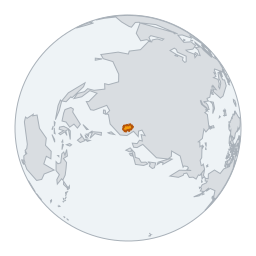 the Earth from above Anhui, rotated 94°
{"feature_id": "CHN-1179", "entity_name": "Anhui", "entity_type": "Province", "adm_level": 1, "iso_a3": "CHN", "parent_name": "China", "parent_adm1": "", "projection": "orthographic", "projection_center": [117.353, 32.025], "detail": "fine", "context": "on_globe", "style": "filled", "palette": "amber", "viewbox_px": 256, "rotation_deg": 94, "n_neighbors": 0, "source": "natural_earth", "source_scale": "10m", "svg_char_len": 13410}
<svg xmlns="http://www.w3.org/2000/svg" viewBox="0 0 256 256"><g transform="rotate(94 128 128)"><circle cx="128" cy="128" r="113" fill="#eef3f6" stroke="#a8b0b8"/><path d="M224.1,180.8L224.0,181.4L223.9,181.5L224.1,180.8ZM204.8,45.6L203.7,44.7L194.3,38.2L194.4,37.7L192.1,36.4L191.9,37.1L192.4,37.9L184.4,36.9L182.6,41.8L185.7,45.5L182.1,43.2L190.7,52.2L192.1,57.7L188.2,50.2L186.0,48.6L185.8,51.5L183.5,50.4L182.1,51.3L179.4,50.0L177.3,46.1L175.5,45.2L175.5,47.3L172.7,47.5L173.0,44.5L168.3,44.6L163.9,38.8L167.0,32.9L162.2,29.7L159.3,24.0L157.3,23.8L154.8,22.0L151.6,21.2L152.0,20.7L149.1,20.6L149.4,21.3L148.2,21.6L146.3,21.3L146.4,20.4L147.4,20.4L146.5,20.1L147.3,19.8L145.8,19.8L146.2,18.9L143.1,19.4L141.1,18.4L142.1,18.0L145.6,18.5L156.7,19.8L158.8,20.1L158.3,19.6L152.4,18.0L160.7,20.2L168.8,23.0L176.6,26.4L184.2,30.4L191.4,34.9L198.3,40.0L204.8,45.6ZM143.2,16.4L144.0,16.6L142.3,16.4L141.9,16.7L138.1,16.2L134.6,15.7L133.2,15.5L129.9,15.5L128.2,15.4L143.2,16.4ZM234.4,100.0L233.5,98.1L234.1,98.2L234.4,100.0ZM232.9,97.6L233.2,98.1L232.9,97.8L232.9,97.6ZM232.7,97.9L232.8,97.7L232.7,98.2L232.7,97.9ZM232.5,98.6L232.5,98.1L232.6,98.3L232.5,98.6ZM231.8,99.0L231.6,99.0L231.6,98.4L231.8,99.0ZM192.9,38.5L192.2,37.3L193.2,37.2L194.1,38.3L192.9,38.5ZM190.7,39.2L189.7,38.1L192.3,39.2L192.0,39.4L190.7,39.2ZM188.5,48.6L188.4,47.1L189.3,49.0L188.5,48.6ZM182.4,51.7L183.2,52.5L182.1,52.7L182.4,51.7ZM144.1,17.0L143.0,16.8L143.7,16.8L144.1,17.0ZM144.9,17.3L146.4,17.4L147.0,17.6L146.0,17.5L144.9,17.3ZM177.0,50.8L175.0,51.0L176.6,50.1L177.0,50.8ZM143.0,17.1L147.8,17.9L148.9,18.3L146.3,18.4L143.0,17.1ZM173.7,50.6L169.0,51.3L170.3,53.1L163.9,48.7L170.0,49.4L171.8,48.0L172.0,49.6L173.7,50.6ZM150.3,21.7L149.9,20.9L151.9,21.9L150.3,21.7ZM151.9,22.2L159.9,25.3L159.5,26.5L156.9,25.1L157.8,27.0L153.7,26.1L152.2,24.8L153.3,24.2L150.9,24.4L151.9,22.2ZM161.1,46.3L159.7,46.1L160.8,45.6L161.1,46.3ZM147.9,21.8L149.5,22.2L149.3,23.2L145.9,22.6L147.1,22.4L147.9,21.8ZM160.1,28.1L159.3,28.9L155.8,28.3L155.0,28.5L153.5,26.2L160.1,28.1ZM146.2,22.1L144.3,22.3L142.6,21.6L146.2,21.5L146.2,22.1ZM150.7,23.8L150.4,24.3L149.4,23.8L150.7,23.8ZM135.8,19.6L137.8,19.9L137.9,20.4L135.8,19.6ZM143.6,22.4L144.2,22.6L144.5,22.9L142.9,23.0L143.6,22.4ZM151.1,26.0L149.8,25.7L151.6,26.9L149.0,26.7L148.5,25.2L147.6,25.8L146.8,25.7L147.3,24.6L151.1,26.0ZM142.0,23.9L140.5,22.2L136.8,21.5L136.7,20.9L142.6,22.3L142.0,23.9ZM145.1,24.4L143.2,23.9L143.9,23.4L145.7,23.4L145.1,24.4ZM147.4,27.1L151.5,27.9L151.5,28.2L147.4,27.1ZM140.8,23.8L141.2,24.2L140.5,23.8L140.8,23.8ZM145.2,26.2L146.6,26.3L146.6,26.7L145.2,26.2ZM140.8,25.0L140.3,24.4L141.5,24.3L140.8,25.0ZM142.7,25.6L142.2,26.0L142.2,24.6L143.3,25.6L142.7,25.6ZM144.9,26.5L145.3,26.7L144.3,26.3L144.9,26.5ZM136.5,25.7L136.2,24.0L138.9,23.8L138.8,25.4L136.5,25.7ZM46.4,50.3L42.8,55.5L41.5,57.3L38.5,60.4L31.7,72.4L33.9,71.1L31.4,80.4L32.0,84.6L38.7,78.3L37.6,71.2L41.1,66.4L44.8,68.8L46.3,75.6L47.6,74.0L49.7,67.0L53.2,66.1L50.8,64.5L49.5,66.9L48.0,66.1L49.1,63.8L50.3,63.5L50.7,61.1L45.1,63.6L43.1,66.4L42.3,62.5L39.0,66.9L37.7,67.2L42.9,60.0L44.7,58.4L51.8,49.4L49.8,50.6L43.0,59.4L43.7,57.8L40.9,60.0L43.6,57.1L51.6,47.7L53.0,44.9L49.8,46.9L61.5,37.1L57.0,41.0L59.3,39.5L64.9,35.4L62.9,37.2L64.6,36.2L63.1,37.9L65.6,37.8L64.8,39.5L70.1,37.4L70.4,38.0L67.2,39.0L64.5,40.8L63.1,45.7L64.1,46.0L67.6,44.3L66.8,46.1L70.4,43.8L71.8,46.2L73.2,41.6L77.5,40.0L80.6,40.5L82.3,39.3L77.1,38.6L74.8,39.1L72.4,40.8L66.4,42.1L66.0,41.0L73.3,36.9L73.4,35.0L79.0,33.0L89.5,35.4L91.7,37.9L86.0,45.2L83.0,45.4L83.6,42.7L79.1,46.7L81.3,45.6L80.6,47.2L84.5,46.5L84.2,47.6L88.5,45.2L88.5,46.5L85.8,48.0L91.6,48.5L92.9,51.2L94.3,50.8L95.5,49.6L96.4,54.1L97.4,53.6L97.5,51.9L99.7,50.0L103.8,48.4L103.9,50.1L102.4,50.8L99.4,55.1L95.4,57.2L95.9,57.7L99.3,56.3L103.0,51.1L105.5,49.7L104.1,52.2L104.8,51.2L106.1,51.0L107.3,52.5L109.0,49.8L122.6,47.1L126.5,50.0L123.8,52.2L133.3,53.1L136.9,56.9L137.0,55.3L141.7,55.0L140.6,53.7L141.0,52.9L152.5,52.4L155.3,53.8L160.4,52.3L160.4,51.6L158.7,50.4L163.9,48.7L170.3,53.1L169.9,54.5L174.2,56.5L172.5,59.7L173.1,63.4L168.8,66.2L169.7,69.2L171.3,69.6L173.7,74.3L173.0,82.8L166.5,73.7L166.0,62.0L165.6,66.4L163.6,64.9L162.2,66.2L162.0,69.6L163.3,70.3L152.3,74.0L147.9,82.9L153.3,82.8L156.1,85.9L155.7,97.5L143.3,112.1L146.9,117.6L146.8,121.0L142.8,122.7L142.9,117.8L139.4,115.7L140.0,112.8L133.7,114.4L134.4,110.4L129.1,113.9L130.4,117.3L135.8,117.2L130.9,122.3L135.6,128.5L135.5,135.3L125.3,146.1L116.0,148.4L115.3,150.4L111.9,147.5L106.9,150.8L112.7,163.4L112.4,166.6L104.5,171.4L104.4,169.0L95.5,161.3L93.4,168.7L100.1,176.4L102.4,184.0L97.1,180.8L94.8,173.9L91.6,171.0L92.8,164.5L90.8,153.8L85.4,154.4L86.1,150.4L82.6,140.6L75.0,141.0L62.8,147.7L60.6,157.5L56.6,160.2L53.0,143.1L54.2,132.8L51.2,132.1L49.0,121.0L40.2,113.5L40.5,110.3L38.5,110.0L37.1,105.0L38.2,100.0L36.7,98.5L34.3,111.7L36.1,113.4L39.8,111.5L38.6,115.6L40.1,121.4L32.9,126.4L22.4,123.3L24.0,115.5L29.4,89.8L30.7,88.1L30.8,87.8L31.0,87.3L28.9,89.7L30.7,85.0L25.0,101.4L22.9,107.5L22.2,123.6L21.7,124.1L22.2,128.1L27.2,131.6L26.6,134.0L22.7,141.7L18.1,148.0L20.2,159.2L22.4,167.1L22.4,167.3L20.0,159.9L18.0,152.2L16.6,144.5L15.7,136.7L15.4,128.8L15.6,121.0L16.3,113.1L17.7,105.4L19.5,97.7L21.9,90.2L24.8,82.9L28.2,75.8L32.1,69.0L36.4,62.4L41.2,56.2L46.4,50.3ZM45.1,87.4L47.8,91.5L51.2,85.0L52.5,86.2L53.1,83.6L51.4,84.5L53.8,78.0L56.5,78.4L58.6,76.0L57.8,74.6L52.3,75.0L48.9,84.1L46.3,85.2L45.1,87.4ZM75.2,30.1L73.2,31.3L71.6,31.9L72.6,30.5L75.0,29.6L75.2,30.1ZM70.8,33.0L77.8,29.8L77.4,30.7L76.4,30.7L75.5,31.7L73.7,31.9L66.5,36.3L64.6,37.2L67.6,33.8L67.7,34.3L69.6,32.9L70.8,33.0ZM96.2,22.4L99.2,21.7L94.5,24.5L92.2,24.9L93.1,23.4L96.3,22.1L96.2,22.4ZM137.4,17.4L138.9,17.5L137.5,17.8L137.4,17.4ZM136.7,19.7L131.0,17.6L132.4,17.5L127.4,16.7L129.1,16.2L132.2,16.6L129.8,15.9L133.3,16.1L131.3,15.7L138.2,16.7L141.3,17.1L137.2,16.8L135.6,17.2L135.8,17.5L138.7,18.7L144.6,20.0L143.9,20.9L141.9,21.2L140.4,21.0L141.3,20.4L138.6,20.6L138.8,19.7L136.7,19.7ZM118.5,27.6L120.2,26.4L114.9,27.8L115.0,26.4L114.4,26.7L113.0,25.8L110.3,25.3L110.9,24.7L109.6,24.8L108.7,24.3L107.1,24.3L107.6,23.2L105.7,23.2L107.0,22.7L103.6,22.9L106.4,22.3L105.4,21.8L103.2,22.7L109.8,18.3L110.5,17.4L109.5,17.1L114.4,16.4L118.4,16.4L121.4,17.1L120.1,18.2L122.6,17.9L122.7,18.4L120.7,18.5L123.8,18.7L123.4,19.2L126.0,20.6L130.8,21.0L131.9,21.7L129.8,21.8L132.3,22.4L129.1,23.2L129.8,23.7L127.4,25.2L122.9,25.3L124.0,25.9L122.2,27.2L118.5,27.6ZM135.7,26.1L130.3,26.2L127.8,25.6L133.1,23.4L132.9,22.8L136.3,21.7L139.9,22.7L138.6,22.9L138.2,23.3L137.2,22.8L137.7,23.6L136.0,23.9L135.8,24.7L134.1,24.5L135.7,26.1ZM42.3,57.1L41.8,58.1L41.4,59.3L39.7,60.9L42.3,57.1ZM47.7,50.6L47.5,51.1L44.8,53.6L45.4,52.7L47.7,50.6ZM49.6,49.4L47.7,50.9L49.1,49.5L49.6,49.4ZM67.2,39.5L67.3,40.1L66.5,40.7L65.4,40.9L67.2,39.5ZM102.7,32.6L104.1,31.7L104.7,31.9L108.6,30.9L108.9,32.1L106.5,33.1L102.7,32.6ZM37.2,78.4L35.7,78.6L36.2,77.3L36.6,77.4L37.2,78.4ZM36.7,69.2L35.8,72.2L36.3,69.6L36.7,69.2ZM103.6,33.7L105.2,33.1L104.3,34.1L103.6,33.7ZM109.2,32.9L108.5,33.9L109.3,32.1L109.2,32.9ZM29.7,183.1L27.6,179.0L24.6,171.5L25.8,172.2L25.7,169.7L28.0,175.7L31.9,186.6L30.3,184.1L29.7,183.1ZM131.1,202.7L134.6,203.3L134.5,203.7L131.1,202.7ZM127.5,201.1L131.4,201.5L126.8,202.0L127.5,201.1ZM133.0,201.6L137.0,200.9L138.8,200.3L138.5,201.2L133.0,201.6ZM124.8,201.0L110.4,199.3L104.8,197.4L106.0,196.1L115.1,197.7L124.8,201.0ZM105.6,196.0L97.1,190.0L85.9,174.0L89.9,175.2L101.7,185.9L100.9,187.2L106.1,191.6L105.6,196.0ZM126.4,190.2L125.6,194.3L117.6,193.2L114.0,192.1L111.5,186.4L112.9,183.8L115.9,184.3L127.6,175.8L131.6,178.4L127.9,182.2L131.2,186.2L126.4,190.2ZM60.9,158.6L62.7,165.4L60.6,165.5L60.9,158.6ZM132.5,169.2L127.7,173.2L132.2,167.7L132.5,169.2ZM135.3,163.8L135.5,166.1L133.7,163.8L135.3,163.8ZM115.0,153.6L111.8,153.7L111.9,152.0L115.9,151.0L115.0,153.6ZM135.4,141.1L134.9,146.0L134.2,147.6L133.0,144.5L135.4,141.1ZM107.7,44.5L101.9,44.4L97.9,45.5L95.9,47.8L96.3,44.7L102.5,43.0L107.7,44.5ZM120.7,46.5L122.5,44.8L123.4,45.8L123.1,46.3L120.7,46.5ZM120.6,45.3L119.7,42.9L121.7,42.1L122.1,44.1L120.6,45.3ZM111.4,37.7L109.7,37.5L110.4,36.7L111.4,37.7ZM187.4,223.7L197.5,216.6L198.1,216.1L187.4,223.7ZM167.2,231.8L167.3,230.5L171.8,229.2L169.7,230.9L167.2,231.8ZM199.7,214.8L200.4,214.2L203.4,211.6L204.7,209.8L204.1,211.0L206.0,209.2L199.7,214.8ZM151.2,227.3L129.1,231.8L124.2,231.0L125.4,229.4L120.9,223.5L122.5,223.8L121.4,219.6L134.5,216.3L143.8,208.8L151.1,209.1L156.6,203.0L164.1,202.8L161.9,207.5L169.7,209.5L175.1,198.8L179.7,208.4L185.3,210.5L186.7,215.5L176.3,226.0L170.4,228.7L169.3,228.4L166.8,229.6L163.1,230.0L161.1,228.0L158.7,229.1L161.1,226.9L157.5,229.1L155.6,227.6L151.2,227.3ZM205.0,199.3L206.0,199.1L207.6,199.8L205.9,200.3L205.0,199.3ZM221.4,184.8L221.8,185.1L220.7,186.1L221.4,184.8ZM223.9,181.5L222.6,182.9L224.1,180.8L223.9,181.5ZM210.8,191.2L211.3,191.5L210.9,192.0L210.8,191.2ZM210.4,191.2L211.1,189.9L211.0,190.9L210.4,191.2ZM205.3,187.9L206.0,187.1L206.3,187.4L205.3,187.9ZM139.8,203.4L144.6,200.4L147.3,200.1L139.8,203.4ZM204.4,187.1L202.7,187.6L202.9,186.9L204.4,187.1ZM204.5,185.7L204.3,184.9L205.4,186.4L204.5,185.7ZM201.3,184.9L203.3,185.7L201.1,185.1L201.3,184.9ZM200.1,185.5L198.6,185.3L198.7,185.0L200.1,185.5ZM183.3,190.7L188.9,194.6L184.4,195.4L179.4,193.2L175.5,196.8L166.6,197.4L168.6,195.4L167.4,192.7L158.3,192.2L156.4,190.4L159.7,189.0L153.7,187.7L160.2,186.5L162.9,190.3L166.7,186.9L173.1,187.0L179.4,187.4L184.5,189.4L183.3,190.7ZM160.3,195.1L161.4,195.0L160.4,196.2L160.3,195.1ZM195.8,184.0L197.9,185.2L197.7,185.7L196.6,185.8L195.8,184.0ZM185.7,188.5L191.1,184.2L192.4,184.0L188.8,188.4L185.7,188.5ZM189.8,182.4L192.3,182.3L193.7,183.8L193.1,184.4L189.8,182.4ZM146.8,192.0L146.6,193.1L144.9,192.3L146.8,192.0ZM149.0,191.3L154.2,192.4L148.6,192.3L149.0,191.3ZM133.6,187.3L135.0,189.9L139.7,188.4L136.2,190.7L139.4,195.0L138.3,196.6L135.1,191.9L134.0,196.6L131.9,196.4L130.8,192.3L132.9,187.4L134.9,185.4L143.5,184.8L133.6,187.3ZM149.0,188.2L147.6,185.1L148.7,183.1L150.1,184.7L149.0,188.2ZM143.7,177.6L140.2,173.8L136.9,175.1L143.6,170.1L145.8,174.6L143.7,177.6ZM140.8,169.3L137.7,170.5L140.9,167.6L140.8,169.3ZM137.0,169.2L136.7,166.6L139.1,167.0L137.0,169.2ZM142.4,169.5L143.1,165.0L144.2,167.7L142.4,169.5ZM135.9,160.6L140.9,165.2L134.2,163.0L134.3,154.2L137.1,154.2L135.9,160.6ZM153.6,124.8L153.0,122.2L155.7,121.6L155.3,123.5L153.6,124.8ZM163.8,118.0L156.2,120.6L150.0,122.9L151.8,124.2L150.3,128.6L147.7,124.4L152.2,119.6L156.8,118.7L157.7,114.9L161.3,112.4L160.8,107.8L162.4,105.8L164.3,109.8L163.8,118.0ZM160.4,105.9L160.9,97.9L165.8,98.9L166.7,100.9L164.5,104.1L162.0,103.3L160.4,105.9ZM162.4,96.3L160.0,95.6L155.7,84.0L156.0,81.8L161.9,90.8L160.0,90.7L160.2,93.4L162.4,96.3ZM160.0,46.9L159.7,46.1L160.8,46.8L160.0,46.9ZM140.3,52.3L141.1,51.4L142.4,52.0L140.3,52.3ZM143.9,49.2L141.9,49.1L144.0,48.6L143.9,49.2ZM137.4,49.0L141.1,48.7L137.6,50.0L137.4,49.0Z" fill="#d9dde1" stroke="#a8b0b8" stroke-width="1"/><path d="M131.8,129.7L131.8,129.9L131.8,130.2L131.8,130.3L131.7,130.4L131.6,130.5L131.4,130.6L131.2,130.8L131.3,130.9L131.4,131.0L131.5,131.2L131.3,131.2L131.3,131.3L131.2,131.4L130.9,131.3L130.7,131.3L130.6,131.5L130.6,131.9L130.6,132.0L130.4,132.3L130.3,132.5L130.2,132.6L129.9,132.9L129.8,133.0L129.7,133.0L129.4,133.1L129.3,132.9L129.2,132.9L128.9,132.9L128.6,132.9L128.5,132.7L128.3,132.7L128.2,132.6L128.1,132.4L127.9,132.3L127.8,132.2L127.7,132.1L127.5,132.3L127.5,132.5L127.3,132.6L127.2,132.9L126.9,132.9L126.8,132.7L127.0,132.5L127.2,132.3L127.2,132.1L127.0,131.9L126.9,131.9L126.7,132.0L126.4,132.2L126.1,132.4L125.9,132.4L125.9,132.2L125.8,131.9L125.8,131.5L125.7,131.5L125.6,131.4L125.5,131.2L125.5,130.8L125.4,130.8L125.4,130.7L125.4,130.4L125.5,130.4L125.5,130.2L125.8,130.0L125.8,129.9L125.7,129.9L125.5,129.7L125.4,129.8L125.4,129.7L125.2,129.6L124.9,129.5L124.8,129.4L124.7,129.3L124.7,129.2L124.8,128.8L124.9,128.6L125.0,128.5L125.2,128.4L125.3,128.4L125.5,128.5L125.6,128.4L125.6,128.0L125.6,127.5L125.6,127.4L125.5,127.2L125.6,126.9L125.5,127.0L125.4,127.0L125.2,127.1L124.9,127.1L124.7,126.9L124.4,126.9L124.5,126.7L124.4,126.7L124.4,126.4L124.2,126.2L123.9,126.0L123.9,125.9L124.0,125.8L124.4,125.9L124.6,125.8L124.6,125.6L124.7,125.4L124.7,125.2L124.8,125.1L125.0,125.0L125.1,124.9L125.1,124.7L125.2,124.4L125.1,124.1L125.4,124.0L125.5,124.1L125.8,124.1L125.7,124.3L125.9,124.4L125.9,124.5L126.0,124.6L126.5,124.5L126.5,124.4L126.8,124.3L126.8,124.2L126.7,124.0L126.7,123.9L126.7,123.7L126.4,123.6L126.3,123.4L126.1,123.3L126.1,123.2L126.4,122.9L126.5,122.9L126.6,123.0L126.8,123.1L127.1,123.2L127.1,123.3L127.3,123.3L127.4,123.6L127.5,123.7L127.4,123.8L127.5,123.8L127.7,124.0L127.8,124.0L128.0,124.0L128.3,124.0L128.5,124.1L128.5,124.3L128.6,124.6L128.8,124.6L129.0,124.6L129.3,124.6L129.3,124.8L129.2,125.0L129.0,125.4L129.0,125.5L129.1,125.8L129.3,125.7L129.4,125.8L129.5,126.1L129.5,126.3L129.5,126.5L129.8,126.6L130.0,126.6L130.3,126.6L130.3,126.4L130.4,126.2L130.5,126.1L130.8,126.3L131.0,126.4L131.0,126.5L131.1,126.8L131.0,127.0L130.9,127.1L130.7,127.0L130.6,126.9L130.4,126.8L130.2,126.9L130.0,127.0L130.2,127.3L130.2,127.5L129.9,127.7L129.9,127.8L129.7,127.9L129.7,128.0L129.8,128.2L129.8,128.3L129.9,128.5L130.0,128.6L130.3,128.7L130.4,128.8L130.5,128.8L130.6,129.0L130.4,129.3L130.4,129.5L130.9,129.5L131.0,129.4L131.2,129.5L131.3,129.5L131.3,129.4L131.4,129.5L131.6,129.7L131.8,129.7Z" fill="#f59e0b" stroke="#b45309" stroke-width="1.5"/></g></svg>